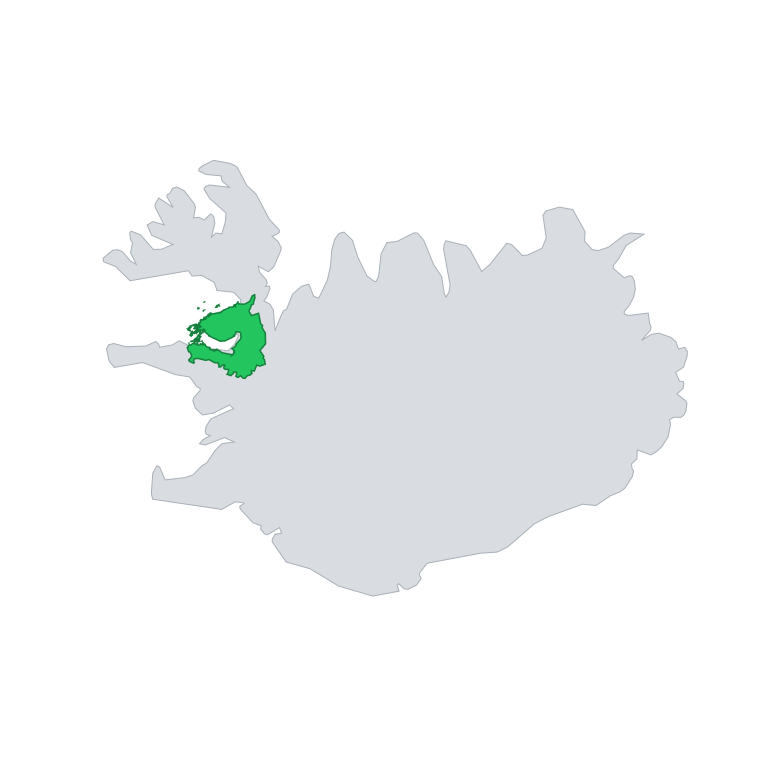 Dalabyggð, Vesturland, Iceland (highlighted), rotated 12°
{"feature_id": "244011B70126368142347", "entity_name": "Dalabyggð", "entity_type": "district", "adm_level": 2, "iso_a3": "ISL", "parent_name": "Iceland", "parent_adm1": "Vesturland", "projection": "albers", "projection_center": [-22.364, 65.186], "detail": "fine", "context": "in_parent", "style": "filled", "palette": "green", "viewbox_px": 768, "rotation_deg": 12, "n_neighbors": 0, "source": "geoboundaries", "source_scale": "gbopen_adm2", "svg_char_len": 9852}
<svg xmlns="http://www.w3.org/2000/svg" viewBox="0 0 768 768"><g transform="rotate(12 384 384)"><path d="M559.7,209.2L565.8,209.0L575.2,203.4L587.9,188.6L593.5,185.1L607.2,183.4L592.1,198.1L587.5,212.8L583.7,220.1L584.1,223.2L596.9,230.2L602.2,226.8L604.8,227.6L607.6,231.3L610.1,239.0L610.1,247.3L607.6,256.0L603.8,263.5L604.7,265.6L608.6,266.2L627.7,259.7L631.2,269.5L633.4,272.6L633.3,276.1L626.8,287.9L635.2,279.9L642.2,277.1L655.1,278.8L660.8,282.1L664.7,288.6L670.6,285.6L674.0,289.1L674.7,293.3L673.5,305.2L666.8,312.0L672.4,319.7L676.3,319.3L677.2,321.1L677.5,326.2L672.5,332.8L682.9,337.9L684.4,340.1L684.9,347.6L683.8,352.0L681.3,354.9L674.4,356.3L670.6,359.6L672.6,363.9L672.9,376.6L668.8,387.6L664.4,393.7L659.8,397.9L645.4,395.8L647.0,404.5L642.7,410.6L644.2,415.1L646.3,417.2L646.1,423.1L641.2,436.0L637.1,440.5L628.6,446.3L616.7,458.8L603.4,460.2L572.3,479.5L560.2,489.4L539.2,517.2L529.9,524.8L513.3,529.5L463.4,550.4L458.3,560.9L458.2,563.1L460.8,566.8L457.4,574.2L449.9,579.9L446.3,580.1L439.6,576.2L438.9,578.3L441.8,583.5L417.0,593.8L381.6,591.1L350.1,580.1L325.3,578.5L307.5,561.7L307.0,559.0L308.6,553.7L314.8,551.3L311.7,546.1L301.5,555.6L298.1,555.4L293.6,551.8L293.3,548.1L284.7,547.0L269.5,536.2L268.3,533.8L271.8,530.1L271.1,529.4L263.0,530.1L251.4,540.4L181.6,544.8L179.2,539.4L176.4,519.5L178.9,511.2L181.8,511.9L189.9,523.3L208.5,517.0L216.0,512.7L222.9,501.8L226.9,498.3L232.4,484.5L237.9,476.0L249.6,471.9L239.1,469.6L221.9,480.8L216.0,480.8L218.7,475.9L224.6,470.5L220.6,470.1L219.0,467.7L218.8,462.6L221.7,454.3L241.9,439.4L237.2,436.7L223.2,448.0L212.9,452.0L204.5,446.9L200.5,440.0L200.8,436.9L205.6,428.2L204.9,426.5L201.5,425.6L192.5,417.5L178.3,418.2L143.3,413.2L116.6,423.9L110.3,418.6L105.3,407.3L106.5,402.9L111.2,400.6L124.1,401.2L143.2,396.3L151.9,389.9L155.2,391.6L156.8,394.7L168.5,390.0L174.8,384.3L185.2,387.1L224.5,384.0L229.5,376.4L231.5,367.5L230.6,365.6L216.3,374.0L213.0,373.8L196.3,369.5L190.3,364.6L192.3,360.6L201.1,352.1L223.4,337.8L226.4,334.9L226.7,331.5L217.9,325.5L201.2,327.2L196.9,320.0L183.1,315.7L173.9,318.3L169.0,313.9L114.2,335.8L96.7,324.8L84.2,322.7L83.1,319.4L90.8,309.6L95.8,308.0L100.9,309.1L110.3,316.3L116.9,318.6L108.8,308.2L108.7,298.3L106.2,295.7L103.8,289.2L104.9,287.0L114.8,288.7L130.4,300.3L138.3,298.5L148.5,291.4L125.9,286.9L119.2,277.8L124.2,273.2L135.8,274.0L123.2,258.4L122.7,255.7L125.0,248.9L141.0,255.2L132.7,245.9L132.5,243.9L134.9,242.2L136.4,236.6L140.4,234.5L148.5,236.5L161.0,247.3L162.8,250.3L163.2,261.0L168.2,259.4L174.1,260.9L179.1,253.6L182.5,255.4L185.1,261.9L184.7,276.2L188.2,271.3L194.1,270.9L195.1,259.1L194.0,249.6L174.8,238.7L167.3,230.7L168.2,228.0L171.9,225.6L191.9,223.8L183.4,219.1L181.3,214.3L166.2,216.0L158.5,214.0L158.4,211.6L161.4,208.0L170.7,200.7L188.0,200.2L195.0,202.2L208.6,218.4L219.4,224.9L237.7,246.8L249.5,255.1L250.1,257.2L248.2,259.8L243.7,262.8L250.7,266.5L255.1,272.1L255.4,274.6L251.8,292.4L247.5,298.2L236.5,295.0L239.2,300.6L247.1,306.5L248.9,309.8L247.8,313.2L251.5,312.1L252.7,313.9L251.1,324.0L249.2,327.7L255.8,329.6L260.4,334.6L266.3,354.7L269.0,339.1L270.4,333.3L273.1,331.2L275.9,315.2L283.0,305.6L289.7,302.0L297.1,312.8L302.3,313.7L307.0,294.1L307.2,279.8L305.1,264.0L305.7,252.7L308.9,245.9L313.3,243.7L323.3,250.0L332.0,265.4L344.9,281.9L353.6,285.8L355.1,285.2L356.3,279.6L354.1,257.2L357.4,245.1L367.3,241.7L381.8,230.0L385.3,229.4L393.1,235.3L407.8,257.0L418.0,266.9L424.2,283.2L426.6,286.2L428.4,280.8L428.1,273.4L414.2,239.6L413.8,235.0L414.7,231.1L435.5,231.6L440.4,235.1L456.2,253.7L462.7,245.1L474.9,220.7L479.8,221.0L492.5,229.5L497.2,228.2L510.3,218.5L512.3,207.4L504.4,185.9L506.4,181.1L518.7,174.5L532.5,174.2L548.9,193.1L550.5,202.6L559.7,209.2Z" fill="#d9dde1" stroke="#a8b0b8" stroke-width="1"/><path d="M263.7,389.3L262.0,385.0L260.2,383.7L260.7,381.9L255.7,377.1L259.8,369.3L257.3,358.8L253.2,354.5L253.0,351.9L250.9,350.8L246.6,340.9L240.2,344.6L237.0,341.2L236.8,340.0L237.6,337.4L237.9,334.1L239.7,332.9L239.4,331.7L239.8,326.5L238.9,323.6L236.8,325.2L235.6,331.0L231.1,334.9L225.2,335.9L224.2,335.1L224.1,334.6L224.3,333.8L224.3,333.4L224.1,334.6L224.2,335.2L223.7,334.9L223.0,336.8L221.6,337.4L222.3,338.4L221.8,338.5L222.2,339.1L221.7,339.0L221.4,338.1L220.6,337.5L221.0,338.3L220.1,340.2L216.4,341.1L216.0,342.2L211.7,345.1L209.4,348.1L198.1,352.4L199.6,352.9L198.8,353.5L198.7,354.6L197.4,354.7L197.3,353.9L195.6,355.7L195.6,356.7L196.2,356.8L195.5,357.5L195.8,357.8L193.7,358.4L193.6,359.2L191.7,358.9L191.4,359.4L192.2,359.2L191.2,361.9L190.1,362.9L190.6,364.0L189.7,365.0L189.2,364.8L188.9,365.2L187.7,365.6L187.3,366.0L190.1,365.5L190.5,365.2L190.2,364.4L190.7,364.1L190.5,364.5L191.5,365.3L193.8,365.8L192.1,365.9L191.9,366.5L192.4,366.5L192.3,366.8L190.0,368.4L191.6,366.5L190.3,366.0L189.3,367.1L190.0,368.0L188.6,367.8L189.2,367.6L189.1,366.9L187.9,367.1L188.4,368.3L187.7,367.7L187.3,368.2L189.3,369.6L192.4,369.4L192.0,369.8L192.9,369.8L193.4,370.5L193.2,371.2L194.3,369.9L194.0,369.4L196.0,369.6L195.7,368.1L196.4,367.9L197.5,368.5L197.2,368.8L197.6,370.1L203.1,373.0L202.8,373.4L214.8,376.2L219.5,374.9L226.5,369.5L227.1,368.5L226.9,368.0L227.9,368.2L227.8,366.3L228.5,365.0L228.5,363.5L232.5,363.4L233.9,364.6L233.6,366.4L234.6,367.6L234.3,368.5L234.5,369.5L231.0,375.7L230.9,378.0L227.8,381.1L230.7,382.5L230.9,383.2L230.4,383.1L230.4,384.2L231.0,384.6L230.2,385.8L230.4,386.4L229.1,387.7L229.3,386.9L219.2,387.1L214.7,385.3L212.6,385.7L212.8,385.0L210.9,386.1L212.1,386.5L211.4,387.0L210.1,386.9L210.4,386.2L210.0,386.0L207.4,386.7L206.1,385.9L206.5,385.0L206.0,384.5L202.6,384.5L200.3,382.1L198.8,382.9L199.0,383.3L196.3,382.9L196.6,383.4L194.4,384.7L189.0,383.7L186.9,386.0L185.5,386.1L184.4,387.7L184.6,388.9L184.0,389.3L186.2,393.1L187.3,392.9L189.7,395.6L190.0,397.7L188.0,401.2L189.3,402.5L193.6,403.2L193.8,402.3L192.9,400.5L193.2,398.8L196.7,397.7L204.7,397.9L207.7,396.5L213.9,398.4L216.9,397.8L218.6,399.7L218.9,401.6L220.8,401.2L222.1,399.1L224.2,398.4L224.5,399.1L223.8,400.4L224.0,401.9L225.2,402.6L229.0,402.1L229.2,405.3L228.4,407.1L232.5,407.7L234.6,404.6L234.4,403.4L236.9,403.1L237.6,403.5L237.6,407.4L239.9,407.9L241.9,405.7L244.7,407.5L246.9,407.4L248.5,404.3L250.9,403.3L252.7,401.1L251.6,399.7L251.8,398.4L254.4,398.4L255.6,392.0L258.9,392.3L263.7,389.3ZM193.7,379.1L192.3,379.5L190.9,379.4L190.6,380.0L190.0,380.2L190.5,379.8L190.2,379.6L189.4,380.3L194.7,380.3L194.5,379.6L193.3,379.6L193.7,379.1ZM184.8,366.2L182.4,367.6L181.5,369.4L183.3,369.1L182.1,369.2L183.3,367.2L185.3,366.6L184.8,366.2ZM185.2,373.9L184.5,374.4L184.9,374.8L184.1,375.0L184.9,375.1L184.8,375.8L186.0,375.2L185.2,373.9ZM188.2,365.1L187.7,364.5L187.1,365.0L186.5,365.2L186.4,365.4L186.0,365.4L184.9,366.2L188.2,365.1ZM188.9,371.7L187.4,372.3L188.9,371.8L189.2,372.3L188.7,372.8L189.9,373.2L190.4,372.7L188.9,371.7ZM192.1,370.3L190.5,369.9L189.8,370.6L191.0,370.7L190.8,371.4L192.1,370.3ZM192.0,378.6L190.1,378.6L189.6,379.5L192.0,378.6ZM182.4,370.2L180.9,370.8L181.5,370.8L180.3,371.0L181.1,371.9L182.4,370.2ZM194.1,381.0L191.6,380.8L193.3,381.6L194.1,381.0ZM191.4,381.8L190.5,381.6L189.3,382.8L191.4,381.8ZM188.2,373.3L187.1,373.3L186.5,374.2L188.0,374.0L188.1,373.6L187.7,373.4L188.2,373.3ZM198.2,351.8L199.4,351.1L199.6,350.6L198.2,351.8ZM194.0,378.8L193.0,378.9L192.6,379.0L194.0,378.8ZM195.2,372.2L194.8,372.2L194.0,372.2L194.8,372.7L195.2,372.2ZM194.0,377.2L193.7,377.2L193.2,377.9L193.8,378.1L194.0,377.2ZM194.0,376.5L193.1,376.3L192.8,376.4L194.0,376.5ZM192.7,375.5L192.4,375.3L191.2,376.5L191.6,376.3L192.7,375.5ZM188.3,381.8L187.4,381.9L187.0,382.4L188.3,381.8ZM190.5,380.6L189.8,380.7L189.4,381.3L190.0,381.2L190.5,380.6ZM193.5,374.6L193.2,374.3L192.5,375.1L193.1,375.0L193.5,374.6ZM193.0,383.0L192.3,383.2L193.1,383.2L193.0,383.0ZM186.9,373.5L186.2,373.1L186.0,373.8L186.9,373.5ZM205.1,342.2L205.5,341.2L204.8,341.7L205.1,342.2ZM194.6,375.6L194.2,375.4L193.5,375.8L193.9,376.0L194.6,375.6ZM189.3,371.6L189.4,370.7L188.9,371.0L189.3,371.6ZM185.8,376.1L184.9,376.3L185.9,376.2L185.8,376.1ZM195.0,376.9L194.6,376.0L194.4,376.3L195.0,376.9ZM204.6,342.7L204.0,342.4L203.7,343.3L204.6,342.7ZM183.5,372.1L183.1,371.7L182.6,372.2L182.9,372.3L183.5,372.1ZM186.1,372.8L185.6,372.4L185.3,372.7L186.1,372.8ZM192.6,383.8L191.8,383.8L191.5,384.0L192.2,384.1L192.6,383.8ZM194.5,356.8L194.5,356.7L194.2,356.4L194.1,356.9L194.5,356.8ZM192.0,378.9L191.3,379.1L191.2,379.3L191.6,379.4L192.0,378.9ZM194.5,376.8L193.9,376.7L194.8,377.0L194.5,376.8ZM186.9,348.9L186.4,348.7L186.2,348.8L186.5,349.2L186.9,348.9ZM193.0,374.2L192.3,374.6L193.0,374.2ZM199.1,381.6L198.3,381.2L198.4,381.5L199.1,381.6ZM192.2,377.3L191.3,377.4L191.2,377.7L192.2,377.3ZM193.2,372.6L192.6,372.7L193.5,373.0L193.2,372.6ZM183.7,368.2L183.1,368.2L182.8,368.5L183.7,368.2ZM193.3,370.5L192.8,370.1L193.0,370.5L192.7,370.2L193.0,370.7L193.3,370.5ZM192.2,375.0L192.0,374.9L191.6,375.2L192.2,375.0ZM187.5,381.8L186.6,382.2L186.4,382.6L186.5,382.6L187.5,381.8ZM188.8,373.1L188.4,372.6L188.2,372.9L188.8,373.1ZM206.8,341.8L206.1,341.9L206.8,341.9L206.8,341.8ZM198.1,381.7L197.6,381.3L198.0,381.8L198.1,381.7ZM196.2,371.1L196.1,370.7L195.9,371.0L196.2,371.1ZM184.3,376.6L183.7,376.8L184.3,376.9L184.3,376.6ZM192.1,349.9L192.4,349.4L192.0,349.6L192.1,349.9ZM188.0,369.0L187.6,369.2L187.4,369.3L187.7,369.4L188.0,369.0ZM187.9,372.8L187.7,372.7L187.4,372.9L187.9,372.8ZM187.0,368.9L186.9,368.5L186.7,369.0L187.0,368.9ZM184.7,376.7L184.5,376.4L184.3,376.5L184.7,376.7ZM191.5,340.9L191.5,340.4L191.2,341.0L191.5,340.9ZM184.4,385.0L185.2,384.3L184.6,384.6L184.4,385.0ZM197.7,380.0L197.1,379.8L196.9,380.0L197.7,380.0ZM195.7,371.7L195.2,371.8L195.2,372.1L195.7,371.7ZM191.8,372.1L191.4,371.8L191.8,372.1ZM186.8,348.6L187.0,348.3L186.6,348.2L186.8,348.6ZM204.8,343.1L204.4,343.3L204.2,343.7L204.6,343.6L204.8,343.1ZM200.4,350.9L200.0,350.5L199.8,350.7L200.4,350.9Z" fill="#22c55e" stroke="#15803d" stroke-width="1.5"/></g></svg>